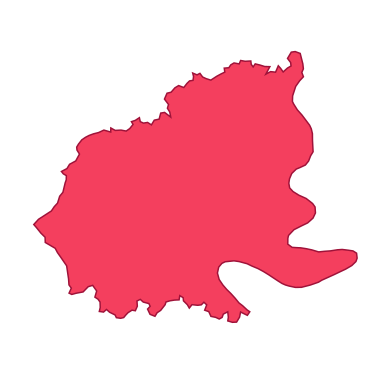 Serranópolis do Iguaçu, Paraná, Brazil (Mercator projection), rotated 266°
{"feature_id": "56859067B67809594674729", "entity_name": "Serranópolis do Iguaçu", "entity_type": "district", "adm_level": 2, "iso_a3": "BRA", "parent_name": "Brazil", "parent_adm1": "Paraná", "projection": "mercator", "projection_center": [-54.035, -25.477], "detail": "fine", "context": "isolated", "style": "filled", "palette": "rose", "viewbox_px": 384, "rotation_deg": 266, "n_neighbors": 0, "source": "geoboundaries", "source_scale": "gbopen_adm2", "svg_char_len": 3149}
<svg xmlns="http://www.w3.org/2000/svg" viewBox="0 0 384 384"><g transform="rotate(266 192 192)"><path d="M299.2,311.2L303.6,309.9L307.1,311.7L312.1,311.5L322.7,309.6L324.9,304.7L324.6,300.8L318.6,296.6L314.3,299.4L310.8,299.6L309.0,295.9L305.4,291.3L309.2,289.0L311.9,286.9L305.7,283.7L306.6,278.8L304.4,273.9L311.6,278.4L312.1,273.3L313.9,268.7L315.4,264.0L312.5,261.7L315.2,260.0L318.6,259.8L318.7,254.1L319.8,249.7L316.5,248.0L317.8,242.9L316.1,239.5L313.4,237.4L313.3,232.8L309.3,233.1L307.8,229.3L305.7,224.7L302.3,218.6L304.1,214.0L306.0,210.6L309.8,208.2L308.5,205.2L310.6,201.0L307.1,201.6L303.3,200.8L303.0,197.3L300.7,194.6L296.8,191.1L299.1,186.1L297.1,182.2L293.0,178.1L292.3,174.0L286.6,171.0L280.9,174.7L277.3,173.3L273.3,175.4L268.2,176.0L273.3,170.2L272.9,166.3L267.0,164.3L266.3,159.4L261.8,156.2L264.5,152.5L264.1,148.4L265.8,145.3L269.8,144.7L267.4,140.4L266.4,136.5L263.5,137.9L259.6,134.3L257.4,130.6L258.7,125.5L258.8,119.7L261.5,115.5L257.5,115.1L259.9,108.4L257.8,102.9L256.9,97.8L255.6,93.3L254.0,89.6L251.8,85.8L247.7,82.1L244.8,80.1L241.8,80.2L237.7,82.4L231.1,78.2L228.2,71.8L224.1,68.9L221.6,63.2L219.1,64.9L217.1,67.8L212.9,67.4L210.2,66.2L200.7,63.2L197.0,59.7L190.3,57.1L187.0,53.6L182.9,50.4L175.5,37.0L170.6,31.9L167.3,34.4L161.5,38.4L157.1,42.3L151.9,42.1L145.4,51.6L140.9,53.6L136.3,56.4L127.1,61.8L113.9,62.8L107.9,62.8L104.5,64.9L99.7,62.3L98.2,64.9L99.1,69.4L99.9,76.4L104.8,81.9L105.8,86.4L103.2,88.0L99.9,90.0L93.9,87.8L91.6,90.8L88.6,92.6L83.2,92.4L79.3,91.2L78.4,95.4L80.8,98.5L77.8,101.4L74.7,106.7L71.9,107.8L71.0,112.0L71.5,115.1L74.0,117.5L76.1,119.8L78.3,123.9L77.5,127.2L81.9,129.5L87.1,129.5L88.5,132.9L85.6,135.7L83.7,141.2L80.9,142.3L78.3,139.5L72.9,141.6L70.6,146.4L74.0,148.8L76.1,152.5L81.4,157.3L84.1,158.4L85.0,162.4L85.4,167.1L85.3,171.6L89.5,172.6L87.2,175.8L84.0,175.9L79.9,179.5L76.4,181.2L79.6,184.1L78.6,189.8L78.8,193.4L81.2,196.2L78.4,198.8L73.2,196.4L71.5,200.4L66.6,202.2L65.3,206.9L63.4,210.3L64.8,213.3L68.0,214.7L70.0,219.3L64.5,219.5L60.9,218.7L59.2,223.2L59.1,227.4L63.8,230.7L68.9,232.1L66.9,235.5L65.1,238.6L68.5,241.3L70.5,238.8L75.0,234.6L78.1,231.1L83.2,227.5L88.0,223.7L92.4,219.8L97.1,216.3L102.8,213.0L109.4,211.7L115.2,213.4L118.7,216.8L120.1,220.2L120.4,229.1L119.3,234.2L117.7,238.8L116.6,242.0L113.9,246.7L111.0,252.5L107.7,257.7L103.9,263.0L101.5,266.1L97.2,271.7L94.5,275.4L92.7,278.8L91.4,282.3L89.6,288.6L89.3,294.6L90.9,303.4L93.2,311.9L95.0,315.4L99.6,327.8L102.8,335.9L104.3,339.8L107.5,346.3L111.2,350.7L114.5,352.1L119.5,351.9L122.0,348.5L123.0,344.0L124.2,337.8L124.2,333.1L123.6,325.8L123.6,320.0L123.4,314.2L125.9,307.5L127.5,301.9L128.7,296.6L129.2,292.4L129.8,288.0L133.3,283.9L139.2,284.4L142.0,285.3L147.3,291.1L150.8,299.4L153.1,305.2L157.5,310.9L162.5,313.7L168.5,313.7L172.1,311.5L177.6,305.4L181.4,298.3L185.4,292.8L189.3,289.7L194.0,289.2L198.4,290.2L203.5,292.8L207.6,297.6L208.9,301.5L211.0,307.0L214.8,310.5L219.9,312.9L223.7,315.6L235.0,315.8L241.8,316.2L246.7,315.4L250.4,314.0L261.2,307.0L266.6,302.8L272.6,299.6L275.3,298.5L280.9,299.1L290.1,302.8L295.5,307.2L299.2,311.2Z" fill="#f43f5e" stroke="#9f1239" stroke-width="1.5"/></g></svg>